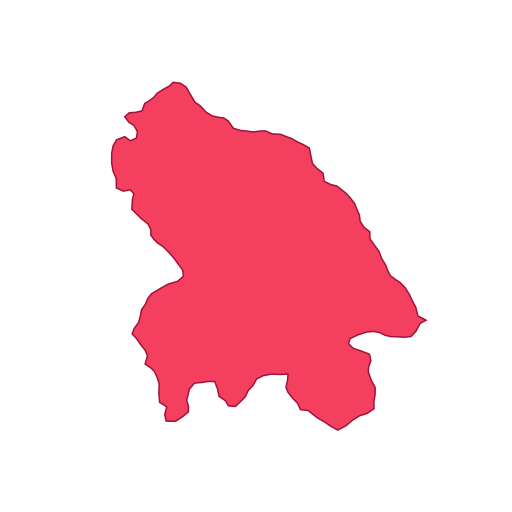 Divisa Nova, Minas Gerais, Brazil (Albers equal-area conic projection), rotated 72°
{"feature_id": "56859067B77577682938922", "entity_name": "Divisa Nova", "entity_type": "district", "adm_level": 2, "iso_a3": "BRA", "parent_name": "Brazil", "parent_adm1": "Minas Gerais", "projection": "albers", "projection_center": [-46.241, -21.515], "detail": "fine", "context": "isolated", "style": "filled", "palette": "rose", "viewbox_px": 512, "rotation_deg": 72, "n_neighbors": 0, "source": "geoboundaries", "source_scale": "gbopen_adm2", "svg_char_len": 2396}
<svg xmlns="http://www.w3.org/2000/svg" viewBox="0 0 512 512"><g transform="rotate(72 256 256)"><path d="M369.6,114.1L363.0,120.5L354.3,119.9L345.9,121.3L340.1,122.0L332.5,123.9L326.1,126.9L321.4,130.7L316.2,134.3L311.0,135.2L304.8,135.5L296.9,137.3L289.7,137.6L281.4,140.3L274.9,142.3L268.2,140.3L261.9,144.5L255.0,146.2L248.9,145.0L242.8,145.6L236.8,146.0L230.1,148.3L224.4,150.9L219.7,153.9L214.4,157.5L211.2,162.7L206.1,168.1L198.0,166.6L191.3,171.1L185.5,173.7L178.1,172.9L169.7,171.9L164.9,176.4L160.2,181.4L155.5,185.6L151.3,190.9L147.8,195.1L144.9,202.8L140.1,208.1L138.4,213.2L137.3,220.0L134.2,226.5L131.9,231.8L127.5,238.1L119.1,240.6L114.8,244.0L112.2,249.3L109.2,254.4L103.6,259.1L96.0,262.6L90.8,266.5L83.4,268.2L73.7,270.3L68.2,274.7L65.2,281.1L67.6,286.0L68.8,292.5L70.6,299.6L73.5,304.1L75.3,309.2L76.5,314.7L82.7,319.5L82.2,325.9L80.6,332.3L83.1,337.8L89.7,335.5L94.1,331.7L101.0,330.4L106.8,333.1L107.6,339.9L101.9,344.0L102.4,352.7L107.0,357.8L113.7,361.5L123.1,364.6L131.3,365.7L139.3,365.0L148.1,367.8L153.3,362.1L154.1,355.3L158.9,352.9L164.1,356.1L173.2,359.7L180.0,356.1L185.0,353.6L192.2,348.7L198.6,347.9L203.5,349.6L208.8,347.9L213.6,345.3L218.1,341.6L224.4,338.4L232.1,334.9L239.9,332.4L246.8,330.1L252.8,331.3L255.8,338.1L255.6,348.5L257.5,357.9L259.6,367.1L262.8,371.9L267.7,376.1L271.8,381.6L277.0,384.3L282.8,388.1L287.4,394.4L291.8,397.9L297.4,395.2L304.5,393.1L311.5,390.5L317.5,390.1L324.5,394.9L329.6,390.8L334.6,388.2L341.2,387.5L347.8,387.6L356.5,390.8L365.4,392.9L371.8,387.5L378.6,391.8L385.3,392.4L388.3,383.5L386.1,375.4L383.3,368.4L378.1,366.6L371.8,366.6L366.8,363.3L362.1,360.6L357.9,353.8L359.4,347.2L360.5,340.4L362.7,334.0L370.6,333.7L378.1,334.5L384.5,329.6L389.9,328.7L392.7,322.1L389.2,314.7L386.6,309.7L381.7,305.2L378.1,298.7L373.2,293.5L372.0,286.3L373.1,277.8L376.2,269.5L378.2,262.0L384.5,264.7L390.0,268.0L395.2,267.8L402.1,265.3L408.8,262.0L415.9,261.2L419.0,254.2L424.2,250.8L429.4,247.2L434.6,242.5L440.4,238.0L446.8,232.1L445.2,223.0L442.1,215.2L439.9,206.6L440.1,199.2L437.7,190.9L431.6,189.2L424.7,185.6L417.9,183.3L409.6,184.8L401.1,185.0L396.1,183.1L391.1,179.1L384.5,178.4L378.4,185.9L373.8,192.1L368.0,195.1L363.6,192.0L362.5,183.2L362.5,174.0L364.1,167.4L367.1,162.1L371.0,158.0L374.1,153.2L376.3,147.1L379.0,140.3L380.5,133.4L377.1,127.3L370.8,120.7L369.6,114.1Z" fill="#f43f5e" stroke="#9f1239" stroke-width="1.5"/></g></svg>